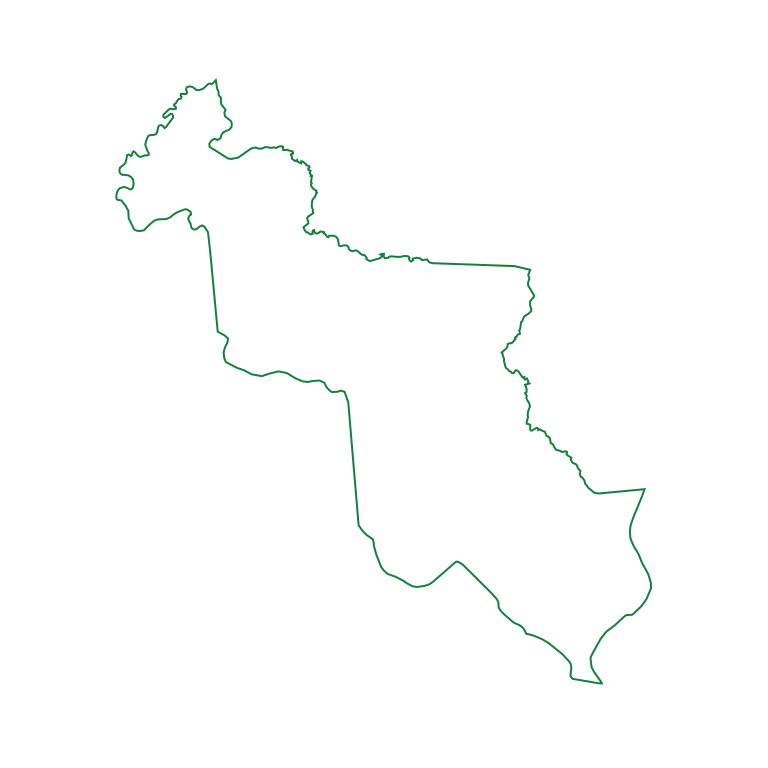 Autazes, Amazonas, Brazil (Mercator projection), rotated 85°
{"feature_id": "56859067B87803288994040", "entity_name": "Autazes", "entity_type": "district", "adm_level": 2, "iso_a3": "BRA", "parent_name": "Brazil", "parent_adm1": "Amazonas", "projection": "mercator", "projection_center": [-59.68, -3.831], "detail": "fine", "context": "isolated", "style": "outline", "palette": "green", "viewbox_px": 768, "rotation_deg": 85, "n_neighbors": 0, "source": "geoboundaries", "source_scale": "gbopen_adm2", "svg_char_len": 6124}
<svg xmlns="http://www.w3.org/2000/svg" viewBox="0 0 768 768"><g transform="rotate(85 384 384)"><path d="M645.4,263.9L645.7,262.2L648.0,256.2L652.1,248.6L656.3,242.8L668.6,229.9L676.6,223.7L679.1,222.4L682.7,222.1L690.0,223.5L691.7,223.5L694.2,221.7L700.8,196.4L701.3,193.1L699.8,193.6L688.9,199.9L684.1,201.9L675.6,202.2L673.8,201.7L667.8,197.9L656.0,189.8L650.0,184.0L644.6,175.3L635.9,164.0L635.3,162.4L635.5,157.1L634.7,155.5L627.6,146.8L620.9,141.1L610.7,135.8L606.0,135.5L601.8,136.1L596.1,137.5L584.7,142.5L575.6,145.3L567.1,149.4L562.7,150.9L558.9,152.0L552.1,151.9L546.2,150.6L538.5,147.2L518.5,136.8L511.5,133.6L511.8,179.9L510.6,184.0L505.1,189.6L500.6,192.3L497.5,192.8L494.5,194.6L493.6,196.0L492.1,196.4L490.7,196.8L487.9,195.8L484.7,198.1L481.3,199.2L480.3,200.3L479.5,202.3L478.5,203.2L475.6,204.5L473.7,203.8L471.1,207.4L469.9,208.3L467.7,207.6L466.9,208.6L467.2,212.8L466.1,214.0L464.4,218.4L461.0,220.3L459.1,220.6L458.1,221.8L457.7,223.0L452.5,223.5L450.9,224.7L449.8,226.6L445.4,228.0L444.9,229.7L442.8,232.6L443.3,234.4L441.7,234.5L440.9,235.8L443.3,240.7L443.0,242.0L440.8,242.5L438.0,241.7L437.0,242.4L436.0,245.3L434.3,245.2L429.6,243.4L426.9,243.6L423.1,242.5L419.3,240.6L415.7,241.0L412.0,243.0L410.0,243.4L408.0,242.8L405.4,244.2L404.4,242.7L402.3,242.4L399.0,242.7L397.1,243.6L396.2,239.2L395.2,240.3L393.8,240.1L390.9,241.2L391.9,243.1L390.7,244.0L389.3,243.6L389.5,245.5L383.8,248.6L382.6,249.5L381.7,251.2L382.9,252.8L384.5,253.8L384.4,255.4L382.8,256.6L382.2,258.0L380.7,258.9L378.3,261.3L371.7,262.5L369.5,262.2L365.8,263.3L364.2,263.2L362.9,264.1L359.1,258.9L357.1,257.6L355.1,257.4L354.3,255.2L354.5,253.7L353.7,252.1L351.7,250.4L350.9,249.1L349.1,249.5L348.5,247.8L347.2,247.1L346.2,245.8L346.0,244.3L344.4,244.2L342.7,244.7L341.1,243.6L334.3,242.0L333.6,240.9L329.6,238.9L328.4,237.7L326.9,234.4L324.2,231.0L322.6,230.7L318.9,231.5L315.1,231.4L313.8,230.8L310.3,227.1L308.4,226.9L298.5,231.8L295.3,231.6L291.7,230.0L287.9,230.8L283.0,228.4L277.9,243.9L267.8,325.7L266.6,328.4L265.4,329.3L263.7,330.0L263.9,335.3L262.1,336.9L261.1,340.1L261.6,344.5L263.4,344.4L264.4,346.4L263.1,347.6L261.6,348.2L260.1,347.7L258.9,348.8L258.2,352.2L258.8,356.5L258.5,359.8L257.4,366.1L257.8,367.9L258.7,369.2L258.8,372.3L256.9,373.2L254.3,372.7L254.1,374.5L254.7,376.3L255.6,375.1L257.0,375.2L258.2,376.6L260.4,387.3L258.1,390.6L256.7,390.3L253.9,392.2L253.2,395.0L249.2,398.8L248.3,400.6L249.0,403.6L248.4,405.4L246.6,407.2L244.7,407.4L243.1,408.6L242.5,409.9L242.5,413.3L243.0,414.7L242.4,416.5L241.0,417.1L239.1,416.9L235.5,417.4L233.3,418.7L231.9,421.0L231.5,425.7L232.9,426.6L232.2,427.9L229.4,429.5L228.8,430.9L227.5,430.5L226.5,434.0L227.9,436.0L228.3,437.8L227.6,439.5L226.1,440.2L224.6,440.1L224.9,441.4L226.4,442.1L228.3,442.1L228.5,444.3L226.4,446.7L226.1,448.1L223.7,449.7L220.8,450.5L217.5,445.5L215.8,445.3L212.0,446.2L210.6,445.0L207.6,439.5L205.9,440.0L204.5,439.6L201.6,440.4L199.6,440.4L195.8,439.7L194.3,439.2L191.1,436.2L188.8,435.2L187.7,434.1L186.7,434.9L185.6,434.5L183.3,437.5L180.4,439.3L178.8,439.3L177.8,438.4L176.6,439.2L170.4,437.6L170.4,438.9L168.9,438.7L167.4,439.8L165.1,438.6L164.1,440.6L162.6,440.7L161.9,439.4L160.5,439.5L159.2,442.3L157.8,442.7L157.1,443.9L155.6,445.0L154.9,446.9L157.0,447.3L154.7,451.0L153.3,451.0L154.1,453.3L151.4,456.1L149.2,455.9L147.6,456.9L146.5,456.3L146.6,454.6L145.3,454.4L144.0,455.3L143.0,458.7L142.2,460.2L142.2,463.9L140.6,464.3L138.9,463.8L138.4,465.1L138.1,466.7L138.4,468.5L139.5,470.8L138.7,472.8L138.9,475.7L137.6,481.4L138.7,484.6L138.8,487.9L137.3,491.0L137.4,494.3L138.7,497.4L145.7,509.3L146.5,516.4L145.7,519.8L132.5,537.1L129.3,537.0L126.5,534.7L124.9,531.7L126.4,528.5L125.0,525.5L121.8,524.3L119.2,522.1L117.1,515.9L114.8,513.6L111.6,512.9L108.5,513.7L103.5,519.0L100.2,519.4L97.0,518.0L91.2,521.7L87.9,521.9L84.6,521.5L81.9,523.5L78.4,523.4L75.1,524.5L66.7,525.1L70.2,529.1L69.6,531.0L69.6,532.6L74.0,538.3L75.1,542.3L74.8,545.2L71.5,548.7L71.0,550.4L70.6,551.7L71.1,554.5L73.2,555.6L76.6,554.7L77.8,555.8L77.3,561.0L78.8,561.4L80.2,560.7L82.1,561.6L82.2,563.4L82.8,564.5L86.0,566.8L87.1,568.5L88.2,569.0L90.3,567.1L91.7,567.4L92.0,570.5L91.2,572.1L91.2,573.7L96.6,580.3L98.5,580.6L99.9,579.0L96.2,572.8L96.6,571.6L98.5,570.8L100.2,570.9L109.1,578.8L110.0,580.4L107.7,581.7L106.6,583.6L107.0,585.4L108.2,586.4L113.8,588.3L115.4,589.7L115.8,591.8L115.6,594.3L116.0,596.5L116.7,597.5L121.5,600.0L124.9,601.0L130.6,599.5L133.1,598.4L135.1,598.4L135.7,599.7L135.4,602.5L136.5,606.2L136.2,608.0L135.3,609.2L131.4,611.9L130.4,613.3L132.2,614.7L134.1,615.2L134.9,616.4L133.6,617.3L133.1,618.7L133.6,619.9L140.9,622.1L142.5,623.6L145.4,628.1L148.1,629.0L149.9,628.9L151.9,627.9L153.1,625.9L152.9,624.4L154.0,620.2L156.1,617.6L158.6,616.1L163.1,616.0L166.8,617.3L168.0,618.6L167.9,620.2L165.6,624.0L165.1,626.1L165.8,629.7L166.6,631.0L168.6,632.6L171.3,633.8L174.3,634.4L176.0,634.3L177.2,633.6L178.3,629.6L183.9,625.9L189.3,623.6L196.7,623.9L207.8,619.6L209.0,618.4L210.0,616.1L210.3,613.9L210.0,609.8L205.7,604.9L201.4,598.9L200.3,594.5L200.7,586.3L199.1,581.9L197.5,580.1L195.2,575.9L192.6,567.1L193.0,564.9L195.0,562.3L196.7,561.4L198.3,561.4L199.3,563.1L201.8,564.6L205.3,563.8L206.9,562.9L211.1,562.3L212.7,561.3L213.7,559.1L213.1,556.9L211.4,554.5L210.2,551.4L211.1,549.8L212.6,548.6L217.5,546.1L237.6,545.6L317.3,545.1L321.9,538.3L325.1,535.4L328.8,536.3L333.6,539.1L338.3,541.0L344.4,540.9L348.4,539.6L355.0,529.2L358.3,521.9L362.8,515.1L365.5,505.0L363.7,497.4L362.2,488.0L364.6,479.9L370.6,471.7L374.4,464.5L375.4,459.0L374.8,455.7L374.9,448.1L377.6,443.3L382.3,441.4L385.0,439.4L387.5,436.7L387.7,431.1L386.8,427.5L388.3,424.0L399.0,421.2L522.5,421.6L528.0,418.5L532.6,414.8L537.8,408.6L540.9,408.1L544.1,408.2L552.5,406.7L566.1,402.8L569.9,400.3L573.5,397.0L577.3,388.8L582.0,381.5L584.5,378.5L587.9,373.5L589.0,369.2L589.0,366.8L588.6,360.7L587.4,356.1L585.0,352.0L567.5,328.0L567.3,326.5L568.3,324.6L571.1,321.0L601.7,295.2L608.4,290.2L611.3,289.1L616.6,289.2L619.7,287.8L623.9,284.4L631.2,277.4L633.3,275.1L636.3,269.7L638.7,267.1L641.5,265.5L645.4,263.9Z" fill="none" stroke="#15803d" stroke-width="2"/></g></svg>